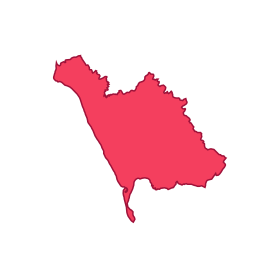 Parrita, Puntarenas, Costa Rica (Equal Earth projection), rotated 46°
{"feature_id": "36466004B95019586049956", "entity_name": "Parrita", "entity_type": "district", "adm_level": 2, "iso_a3": "CRI", "parent_name": "Costa Rica", "parent_adm1": "Puntarenas", "projection": "equal_earth", "projection_center": [-84.334, 9.549], "detail": "fine", "context": "isolated", "style": "filled", "palette": "rose", "viewbox_px": 256, "rotation_deg": 46, "n_neighbors": 0, "source": "geoboundaries", "source_scale": "gbopen_adm2", "svg_char_len": 5825}
<svg xmlns="http://www.w3.org/2000/svg" viewBox="0 0 256 256"><g transform="rotate(46 128 128)"><path d="M183.4,79.1L181.7,78.9L179.5,81.2L178.1,81.4L177.0,81.9L176.9,82.3L176.2,82.3L175.4,81.9L174.4,82.0L173.8,81.7L173.4,81.2L173.1,80.3L172.8,79.9L171.6,79.9L168.5,79.3L167.9,79.3L167.5,79.8L166.7,79.4L166.2,79.4L166.0,79.6L165.8,79.6L165.5,79.4L165.4,77.8L164.6,77.4L163.0,77.2L161.2,77.6L159.9,77.6L159.3,77.8L158.7,78.4L157.8,78.7L156.8,78.5L155.7,77.8L155.4,77.5L155.2,76.7L155.1,75.2L154.6,74.6L154.6,74.0L154.2,73.5L153.6,73.5L153.2,74.4L152.3,75.2L151.2,75.1L150.7,75.3L150.4,75.2L150.2,74.6L150.2,73.6L150.7,71.9L151.1,69.8L151.1,69.0L150.8,68.2L150.4,67.6L148.7,67.0L147.0,66.0L146.2,67.8L146.1,68.4L146.3,69.5L146.1,69.8L145.4,70.1L144.5,70.9L144.1,71.1L143.5,71.0L143.0,70.5L141.7,70.6L140.5,72.0L139.0,73.2L137.7,73.8L136.8,74.0L135.0,72.9L134.7,72.4L133.8,72.3L133.1,71.6L131.7,71.3L131.5,71.8L131.7,72.4L131.7,73.4L131.4,74.9L130.9,75.0L129.2,74.5L129.1,75.1L129.5,75.9L128.8,76.4L128.6,77.5L128.3,77.7L127.2,77.5L126.8,76.8L126.2,74.4L125.8,73.7L124.9,72.6L122.7,72.6L121.7,72.8L121.0,74.1L120.5,74.6L120.3,76.2L118.5,76.6L118.1,76.6L117.7,76.3L117.6,76.0L117.4,74.9L116.6,73.6L116.1,73.5L115.5,74.2L114.7,74.3L113.9,73.6L113.7,72.5L112.8,73.4L112.5,74.9L112.3,75.2L111.7,75.0L111.2,75.3L110.6,76.1L109.9,76.2L108.6,73.4L107.7,72.7L107.0,72.5L104.9,74.2L103.1,74.0L102.7,74.5L102.7,74.9L103.2,75.8L103.3,76.4L103.3,77.2L102.9,78.8L103.0,80.3L104.2,81.6L104.7,82.4L104.9,83.5L104.9,84.1L104.6,85.3L103.3,87.9L103.3,89.1L103.6,90.1L104.3,91.7L104.1,93.3L105.2,94.5L105.7,96.3L105.9,97.3L105.2,98.2L103.7,99.0L103.2,99.8L103.3,102.5L101.7,103.9L101.1,107.0L100.7,107.6L99.6,107.9L97.2,107.2L96.0,107.1L95.5,107.7L95.1,108.4L95.1,108.9L95.8,109.2L96.1,109.5L96.1,110.0L95.8,111.2L96.3,111.9L96.4,112.6L96.1,112.8L95.2,113.1L95.1,113.7L93.7,114.6L93.1,115.4L92.7,116.8L92.0,117.0L91.9,119.4L91.4,119.5L90.9,118.8L90.6,119.3L90.6,120.3L91.2,121.9L91.1,122.4L90.1,122.4L89.2,121.4L88.7,121.4L88.4,123.1L88.2,123.0L87.2,121.0L85.9,120.1L85.6,119.3L85.9,118.9L85.9,118.4L84.9,118.1L85.2,117.5L86.6,116.3L86.6,115.9L86.4,115.6L86.0,115.4L84.5,115.3L84.5,114.6L84.7,113.6L84.7,113.1L83.7,113.1L82.7,112.8L83.3,111.6L83.4,111.3L81.3,111.2L81.3,110.9L81.6,110.4L80.8,110.4L80.0,110.8L79.5,110.8L78.8,110.4L78.5,110.0L77.4,109.5L76.8,108.0L76.3,107.6L75.1,108.7L74.6,111.3L74.2,112.5L73.4,114.3L72.5,114.8L71.9,114.1L71.3,112.3L71.0,112.0L69.7,111.7L68.5,112.4L67.1,112.7L66.5,111.7L64.9,111.7L64.9,111.1L64.3,111.3L64.3,114.2L64.2,114.6L63.8,115.2L62.9,114.9L62.1,114.3L60.9,113.9L60.6,113.9L59.6,115.0L59.2,115.1L58.5,114.6L57.7,113.8L55.1,113.1L54.7,113.2L53.9,114.4L53.5,114.6L52.5,114.2L46.3,113.1L45.3,112.6L43.3,112.4L42.9,111.9L41.7,113.6L41.1,116.0L39.5,117.7L39.1,118.4L38.5,120.1L38.5,120.6L38.7,121.0L38.6,122.0L35.9,125.4L35.8,126.1L36.0,126.4L37.3,127.1L37.4,127.4L37.0,128.0L35.8,128.1L35.2,129.5L34.7,131.1L34.8,131.6L35.8,132.7L35.8,133.9L34.7,134.5L33.8,134.7L32.8,134.7L31.3,134.1L33.4,136.7L35.0,138.0L35.8,138.9L36.7,141.0L37.6,142.2L37.9,143.0L39.8,146.1L40.4,146.7L41.0,147.0L41.8,147.2L43.8,147.2L44.9,146.4L46.1,146.4L46.8,145.5L47.1,144.8L47.6,144.5L49.3,143.9L53.4,143.6L55.4,142.4L58.2,141.3L60.8,141.0L68.4,141.0L72.4,141.7L74.4,142.5L81.0,145.8L83.6,146.7L85.4,147.7L87.3,148.3L88.1,148.9L92.5,150.6L95.0,152.1L95.4,152.5L96.6,153.0L102.0,153.8L102.8,154.2L105.5,154.9L110.8,157.1L114.7,158.0L116.5,158.2L119.0,158.8L121.0,159.1L123.2,159.9L124.0,160.4L127.2,161.3L128.1,161.8L129.5,163.2L133.8,164.7L137.5,164.9L140.9,166.1L143.1,166.5L148.7,168.1L150.7,168.4L152.5,169.3L154.1,169.6L157.4,171.6L159.6,172.4L164.4,173.3L165.3,173.3L166.7,172.7L167.8,171.6L168.9,171.4L169.5,171.0L170.4,170.7L171.4,170.9L172.2,171.3L172.6,172.2L172.9,172.9L172.8,173.9L172.7,174.3L172.0,174.4L171.9,173.7L172.2,172.4L172.1,171.9L171.1,171.1L170.0,170.9L169.3,171.4L169.2,171.9L169.6,174.6L171.6,176.8L173.1,177.9L175.1,178.9L176.7,180.1L184.1,184.3L184.9,185.0L188.1,187.5L189.8,188.4L191.7,189.2L196.7,190.0L197.3,190.0L199.4,189.6L198.9,187.8L198.4,186.4L196.7,185.5L195.2,185.3L194.0,184.8L193.0,184.0L191.8,182.7L189.6,182.6L188.0,183.1L184.6,182.9L181.7,181.0L180.6,178.4L180.4,177.9L179.8,177.2L179.0,175.5L178.5,175.0L177.0,172.6L176.7,171.2L174.9,166.7L174.6,166.3L173.1,163.6L171.5,161.8L171.0,161.0L170.5,159.5L170.4,157.9L170.7,156.6L171.0,155.9L171.8,155.1L173.0,154.8L174.0,152.6L175.5,150.5L178.2,148.7L180.0,148.4L181.3,148.8L182.2,149.5L184.3,149.7L185.2,150.2L186.0,151.1L186.3,150.8L186.6,150.1L186.8,150.0L187.1,150.3L187.2,150.9L187.7,151.5L188.3,151.5L189.0,151.8L189.3,151.7L190.1,150.1L190.8,150.3L191.0,151.1L191.3,151.1L192.4,150.2L192.5,149.0L193.8,148.0L194.0,147.7L194.1,146.2L194.9,145.4L195.3,144.6L195.5,144.5L196.2,143.4L198.8,141.8L200.0,141.9L200.2,141.7L201.5,138.0L201.8,137.3L202.0,137.4L202.3,136.9L202.3,136.1L201.8,134.3L201.8,132.8L201.3,132.0L201.0,131.6L200.7,131.6L200.6,131.4L200.4,130.1L200.6,129.7L200.9,129.7L202.1,130.3L203.7,130.1L204.3,129.8L205.0,129.2L205.6,129.2L206.5,128.7L206.9,127.0L207.7,126.6L207.8,125.8L208.4,125.3L208.7,124.6L209.1,124.6L210.0,124.1L212.6,121.4L215.0,120.3L216.9,119.1L218.1,118.6L219.6,117.1L220.2,116.0L220.8,115.1L224.2,113.9L223.3,112.3L222.1,111.0L221.7,110.4L220.8,108.4L220.7,107.5L221.2,106.2L222.9,103.3L221.6,96.5L223.3,97.4L223.7,97.2L224.7,95.6L224.7,93.9L224.3,91.4L223.5,88.7L223.2,85.9L222.5,83.9L221.7,83.2L218.8,83.1L218.1,81.7L217.7,78.4L217.1,78.7L214.7,78.5L213.4,79.7L212.9,80.0L211.6,80.0L210.2,81.0L203.2,81.1L202.7,81.4L200.8,82.7L200.2,83.4L199.3,85.3L198.9,85.9L197.7,85.9L196.8,86.3L195.7,86.3L194.1,85.5L192.5,84.0L191.7,83.9L191.3,84.2L190.7,84.3L190.2,82.8L188.8,82.9L187.8,83.8L186.8,83.7L186.5,83.4L185.5,81.0L183.5,79.7L183.4,79.1Z" fill="#f43f5e" stroke="#9f1239" stroke-width="1.5"/></g></svg>